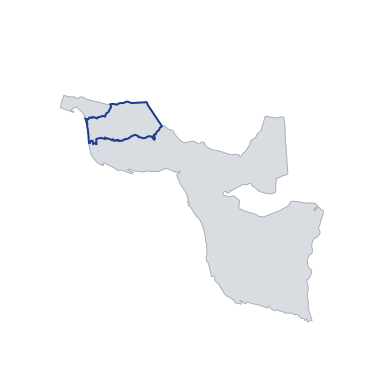 Gaza highlighted on a map of Mozambique, rotated 105°
{"feature_id": "MOZ-1207", "entity_name": "Gaza", "entity_type": "Province", "adm_level": 1, "iso_a3": "MOZ", "parent_name": "Mozambique", "parent_adm1": "", "projection": "albers", "projection_center": [33.324, -23.335], "detail": "fine", "context": "in_parent", "style": "outline", "palette": "blue", "viewbox_px": 384, "rotation_deg": 105, "n_neighbors": 0, "source": "natural_earth", "source_scale": "10m", "svg_char_len": 8395}
<svg xmlns="http://www.w3.org/2000/svg" viewBox="0 0 384 384"><g transform="rotate(105 192 192)"><path d="M117.1,258.9L119.5,256.9L135.5,238.9L136.5,238.2L135.2,235.3L137.3,231.8L137.6,226.4L138.2,225.6L140.7,223.8L144.1,218.2L146.2,213.9L146.4,211.9L143.4,206.1L142.4,202.9L143.3,200.2L143.7,197.7L143.2,196.8L141.3,195.8L141.0,194.7L141.0,193.3L141.4,192.6L143.7,191.4L144.2,190.7L146.1,183.9L145.5,178.8L145.4,173.0L145.9,166.9L145.7,163.5L144.2,159.6L144.0,156.7L145.1,154.8L145.3,153.6L141.6,153.0L139.7,151.3L132.7,148.8L127.2,148.5L122.7,144.6L119.1,144.0L114.6,141.2L100.2,140.9L99.7,140.6L99.0,131.9L98.4,129.1L96.6,126.1L96.1,124.0L96.2,122.5L104.1,119.3L119.6,114.6L123.1,113.1L149.8,104.1L150.5,104.6L153.2,109.1L157.6,114.2L158.7,113.5L165.1,112.7L166.1,112.1L168.0,111.6L170.3,111.4L171.0,111.7L173.4,114.9L174.1,120.8L174.2,124.8L173.9,127.7L172.0,131.0L170.5,135.1L168.5,137.4L168.6,138.5L170.8,141.0L171.3,142.0L171.2,144.2L171.5,145.1L173.5,146.4L175.0,148.5L180.7,154.6L182.1,155.7L183.3,156.0L183.8,157.2L183.5,158.6L182.6,159.4L182.9,160.5L184.0,161.4L186.6,161.3L186.9,160.9L186.9,155.6L186.0,152.5L184.9,151.0L187.2,145.3L188.4,143.7L192.7,143.1L194.7,142.6L195.5,141.9L196.2,140.1L196.8,135.0L197.1,130.2L196.7,127.4L197.4,123.2L198.4,120.6L197.9,120.0L197.6,116.5L187.0,102.2L180.8,95.8L179.8,95.1L176.4,94.6L174.6,92.2L173.2,79.6L171.0,70.4L174.7,64.4L175.9,60.6L176.7,60.0L179.7,59.8L190.7,60.1L193.4,60.5L194.6,60.1L197.5,57.8L199.8,57.9L203.0,59.4L204.7,60.8L204.9,61.9L207.0,62.6L211.0,62.8L213.8,62.3L215.7,61.0L217.6,60.4L219.5,60.3L221.0,60.8L222.0,61.9L223.9,62.6L226.7,63.1L229.9,62.6L233.3,61.0L235.3,59.2L236.4,56.3L237.1,55.9L241.8,55.8L244.4,56.4L247.6,58.4L253.3,55.3L256.9,54.3L260.3,54.4L263.1,53.7L265.4,52.2L267.7,51.3L272.5,50.3L275.7,48.8L284.9,42.8L285.8,44.7L287.5,46.5L285.0,48.2L287.0,49.5L285.4,51.2L285.2,52.5L285.8,53.7L284.8,55.7L283.4,57.2L283.0,58.4L284.0,60.6L283.3,64.4L284.8,70.7L284.1,72.8L284.2,77.8L283.5,79.6L284.6,80.2L285.1,82.3L284.4,85.7L282.4,87.0L282.1,88.5L284.5,88.6L284.3,93.0L284.0,94.2L284.4,95.7L283.7,97.3L284.2,104.3L284.0,109.4L284.1,110.2L286.1,111.2L286.0,112.6L284.5,114.3L284.5,117.0L286.1,114.9L287.0,115.0L287.7,115.9L287.6,119.0L287.9,120.5L287.7,121.8L285.1,124.2L284.9,126.7L283.9,127.0L283.5,127.6L284.0,129.0L283.9,130.3L282.1,134.1L273.6,142.9L273.3,144.5L271.1,147.4L268.9,147.7L267.6,148.5L268.5,151.1L257.4,157.2L256.3,158.1L254.5,160.4L250.9,161.5L247.1,161.5L246.4,162.0L237.6,164.8L235.8,166.1L232.1,167.4L226.2,170.4L221.4,173.4L215.9,178.0L215.1,180.4L212.5,183.7L208.6,187.5L206.3,190.6L206.1,192.1L204.7,192.5L203.6,191.1L203.1,193.7L202.2,193.9L201.2,193.3L196.4,196.0L192.8,199.1L187.7,205.1L180.3,210.9L178.6,211.0L176.4,209.0L175.1,208.8L176.9,211.0L176.8,216.0L175.8,221.8L175.9,223.1L180.7,229.3L182.9,236.5L183.1,240.2L185.4,245.0L186.4,252.1L186.0,258.8L187.2,259.9L187.6,258.9L187.9,254.7L188.5,253.6L189.2,253.8L189.8,256.1L189.9,258.5L189.0,263.7L189.2,265.8L190.3,269.3L188.9,273.4L186.6,284.7L187.1,285.5L188.2,285.7L188.6,284.5L189.2,284.5L189.5,285.3L188.6,289.7L187.7,291.7L184.5,296.4L182.8,298.4L180.0,300.4L173.5,303.5L160.6,308.0L152.4,311.6L145.9,315.8L143.1,318.7L141.9,321.9L139.8,325.3L141.7,328.2L144.1,330.2L145.2,326.8L145.8,326.8L144.7,340.9L135.9,341.2L133.4,340.7L131.9,340.8L131.8,334.9L130.7,330.5L131.1,327.4L130.9,325.7L129.1,324.6L128.6,321.2L129.6,318.5L129.4,296.9L126.2,286.4L121.8,278.8L121.5,275.1L119.5,266.7L117.1,258.9ZM177.0,69.6L178.2,69.1L178.4,68.0L177.6,67.5L177.0,67.6L176.6,69.3L177.0,69.6ZM176.3,67.7L175.3,66.9L174.6,67.1L174.4,67.8L175.1,68.7L175.9,68.7L176.3,67.7Z" fill="#d9dde1" stroke="#a8b0b8" stroke-width="1"/><path d="M136.9,238.5L137.6,239.1L138.5,239.7L138.8,239.8L139.9,239.8L140.3,239.8L141.0,240.1L142.9,241.6L143.2,241.7L143.4,241.8L143.8,241.8L144.8,241.7L145.0,241.7L145.3,241.8L145.6,242.0L145.8,242.3L146.0,242.5L146.0,243.1L146.4,243.2L146.8,243.2L146.9,243.4L147.3,243.6L147.6,243.7L147.8,243.4L147.9,243.1L148.1,242.8L148.5,242.4L148.8,242.2L149.8,241.8L150.2,241.7L150.5,241.8L151.2,242.0L151.1,242.4L151.0,242.6L150.9,242.8L150.4,243.4L150.1,243.9L150.0,244.0L149.9,244.2L149.6,244.4L149.3,244.8L149.1,245.1L149.0,245.3L148.9,245.5L148.9,245.8L149.2,246.8L149.2,247.0L149.1,247.4L149.1,247.6L149.1,247.8L149.2,248.0L150.9,250.3L152.1,251.2L152.1,251.3L152.2,251.8L152.2,252.1L152.3,252.4L152.8,253.2L152.8,253.4L152.8,253.6L152.8,254.0L152.5,255.2L152.5,255.3L152.6,255.8L152.6,256.1L152.6,256.5L152.8,257.5L152.8,257.8L152.8,258.0L152.7,258.1L152.2,258.3L151.9,258.5L151.8,259.3L151.7,260.0L151.5,261.1L151.5,261.3L151.5,261.5L151.7,262.0L152.7,263.6L152.9,263.7L153.0,263.8L153.2,264.0L153.4,264.1L153.6,264.4L153.7,264.7L154.0,265.2L154.3,265.5L154.9,265.8L155.0,265.9L155.1,266.0L155.5,266.3L155.8,266.5L156.0,266.6L156.1,266.8L156.2,267.0L156.3,267.1L156.7,267.4L156.9,267.5L157.1,267.8L157.4,268.3L158.0,269.2L158.1,269.5L158.1,269.9L158.1,270.2L158.1,270.3L158.3,270.5L158.5,270.6L158.7,270.9L158.9,271.0L159.1,271.3L159.3,271.5L159.5,271.7L159.9,272.0L160.0,272.0L160.2,272.3L160.6,273.0L160.8,273.3L160.9,273.5L160.9,273.8L160.9,274.0L161.2,274.5L161.3,274.9L161.3,275.4L161.3,275.6L161.5,275.9L161.8,276.1L161.9,276.3L161.7,276.5L161.2,276.6L160.9,276.7L160.9,276.8L160.8,277.0L160.9,277.3L161.1,277.6L161.1,277.8L161.2,278.0L161.3,278.2L161.4,278.3L161.5,278.4L161.5,278.7L161.6,278.8L161.7,279.0L161.8,279.0L162.1,279.0L162.3,279.2L162.6,279.7L162.6,279.8L162.5,280.0L162.4,280.1L162.4,280.3L162.5,280.5L162.5,280.8L162.4,280.9L162.3,281.0L162.2,281.1L162.1,281.3L162.0,281.5L161.7,281.7L161.7,281.8L161.6,282.0L161.8,282.1L162.0,282.0L162.1,281.9L162.3,281.9L162.5,282.0L162.7,282.5L162.8,282.6L162.8,282.8L162.7,282.9L162.6,283.0L162.5,283.3L162.3,283.7L162.3,283.8L162.3,284.2L162.2,284.6L162.2,284.9L162.2,285.1L162.2,285.4L162.2,285.7L162.2,285.9L162.2,286.0L162.3,287.5L162.2,287.8L162.3,288.0L162.2,288.1L162.2,288.3L162.0,288.5L162.0,288.8L162.0,289.0L162.1,289.5L162.1,289.8L162.3,289.7L162.5,289.7L162.9,289.8L163.0,289.8L163.3,289.8L163.3,293.8L163.4,294.1L163.4,294.4L165.5,298.0L166.4,298.0L167.1,297.9L167.3,297.8L167.5,297.7L167.8,297.5L168.0,297.5L168.2,297.4L168.4,297.3L168.5,297.2L168.8,297.2L169.2,297.1L169.3,297.0L169.6,297.0L169.8,297.0L170.2,296.8L170.3,296.7L170.4,296.8L170.5,296.8L170.6,297.0L170.4,297.2L169.9,297.7L169.8,297.9L169.7,298.1L169.9,298.4L171.1,299.7L171.2,299.8L168.7,301.1L168.5,301.3L168.3,301.4L168.4,301.6L168.4,301.9L168.5,302.2L168.5,302.4L168.6,302.6L168.8,302.8L169.1,302.9L170.4,303.0L170.9,303.2L171.4,304.1L169.2,305.0L168.7,305.1L166.9,305.9L165.9,306.0L162.2,307.4L158.8,308.7L156.3,310.0L154.3,310.7L151.9,312.0L151.2,312.2L151.5,312.0L151.7,311.8L152.0,311.6L152.1,311.3L151.9,311.4L151.2,311.7L151.1,311.9L150.9,312.1L150.4,312.1L150.1,312.2L150.3,312.6L150.6,312.5L150.4,312.9L150.0,313.1L149.1,313.5L148.8,313.8L148.7,312.9L148.8,312.5L148.9,312.1L148.8,311.7L148.7,311.4L148.6,311.1L148.4,310.9L148.2,310.8L147.9,310.7L146.7,310.6L146.6,310.4L146.5,310.2L146.6,309.8L146.6,309.7L146.5,309.2L146.5,308.8L146.5,308.7L146.5,308.4L146.5,308.2L146.4,308.0L146.3,307.9L146.1,307.8L145.9,307.8L145.5,307.7L145.4,307.7L145.3,307.4L145.2,305.5L145.2,305.4L145.3,305.3L145.4,305.2L145.4,304.8L145.2,304.5L145.2,304.2L145.2,303.9L145.5,302.9L145.5,302.7L145.3,302.6L144.5,302.2L144.2,302.1L144.0,301.9L143.8,301.7L143.7,301.1L143.6,300.9L142.5,299.2L141.8,298.4L141.8,298.2L141.7,298.1L141.6,296.3L141.7,296.0L141.6,295.9L141.6,295.7L141.4,295.7L140.9,295.5L140.7,295.4L140.5,295.2L140.3,295.2L140.0,295.3L139.6,295.4L139.5,295.5L139.4,295.5L139.2,295.5L139.0,295.4L138.8,295.3L138.3,295.0L137.8,294.8L137.7,294.8L136.8,293.7L136.7,293.6L136.2,293.4L134.3,293.1L133.8,292.9L133.7,292.9L133.2,292.8L132.8,292.7L132.6,292.5L131.6,292.4L131.2,292.3L131.0,292.2L130.9,292.2L128.7,293.3L128.4,293.5L127.4,291.4L127.3,290.6L127.1,287.4L127.1,287.1L126.8,286.8L125.7,286.0L125.4,285.7L125.2,285.3L124.5,283.7L123.8,281.4L123.5,280.8L121.8,279.0L121.5,278.4L121.4,277.6L121.7,273.4L121.6,272.8L120.3,269.2L119.6,267.0L118.7,264.2L117.8,261.5L117.0,259.1L117.2,258.8L118.5,257.8L119.6,257.0L120.5,256.0L121.4,255.0L122.3,254.0L123.1,252.9L124.9,250.9L125.8,249.9L126.7,248.9L127.6,247.9L129.4,245.8L130.3,244.8L131.2,243.8L132.1,242.8L133.0,241.8L133.8,240.8L134.7,239.8L135.6,238.8L136.2,238.1L136.9,238.5Z" fill="none" stroke="#1e3a8a" stroke-width="2"/></g></svg>